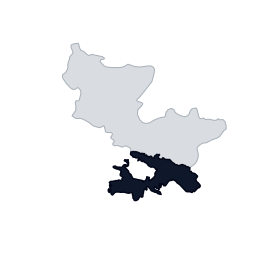 where Leninabad sits in Tajikistan, rotated 212°
{"feature_id": "TJK-369", "entity_name": "Leninabad", "entity_type": "Region", "adm_level": 1, "iso_a3": "TJK", "parent_name": "Tajikistan", "parent_adm1": "", "projection": "albers", "projection_center": [69.514, 39.97], "detail": "fine", "context": "in_parent", "style": "filled", "palette": "ink", "viewbox_px": 256, "rotation_deg": 212, "n_neighbors": 0, "source": "natural_earth", "source_scale": "10m", "svg_char_len": 8932}
<svg xmlns="http://www.w3.org/2000/svg" viewBox="0 0 256 256"><g transform="rotate(212 128 128)"><path d="M44.3,178.7L45.3,176.6L45.8,169.3L47.0,166.8L50.6,162.4L52.5,159.0L54.6,156.2L56.1,155.3L57.5,153.1L58.6,150.6L59.0,149.0L58.9,147.8L58.5,147.0L54.1,142.5L52.8,139.8L52.1,136.3L52.0,133.9L54.4,127.3L54.1,126.2L53.4,125.1L52.0,124.5L50.1,124.2L45.6,124.4L43.9,124.0L43.5,123.6L43.3,120.5L42.9,119.9L42.2,119.3L37.2,117.8L36.2,117.1L36.0,116.4L37.9,109.7L38.7,109.2L40.7,107.0L44.8,105.2L58.3,107.9L60.5,108.2L62.0,108.0L63.0,107.2L64.9,105.1L66.2,99.0L67.3,98.8L68.4,99.1L68.9,98.5L69.4,97.0L69.8,96.9L70.6,97.6L71.5,97.0L71.4,96.4L70.5,95.3L69.7,93.8L70.0,92.6L73.5,92.0L73.9,91.5L73.8,90.6L72.9,90.1L66.3,90.2L65.9,89.7L66.1,89.1L66.6,88.6L73.5,87.5L79.8,88.6L80.9,88.3L79.6,85.6L81.3,85.3L81.5,84.4L79.3,77.2L80.6,76.6L81.8,75.2L81.7,72.5L82.8,71.2L84.1,70.3L86.0,71.2L89.0,73.8L90.9,74.5L100.5,69.5L104.0,67.4L104.6,66.5L105.8,63.3L106.5,63.0L107.4,63.4L112.3,68.8L112.3,69.6L111.8,70.1L111.9,70.7L114.5,71.8L114.5,72.4L113.6,73.9L106.2,80.5L106.0,82.6L106.6,83.3L109.7,84.3L111.3,87.6L112.5,88.0L119.5,86.8L119.5,87.3L119.2,88.3L114.5,90.1L112.3,91.6L111.9,94.1L111.3,94.8L110.4,95.5L109.4,95.6L107.9,92.6L96.7,88.1L86.7,91.3L85.3,93.6L85.8,95.7L85.5,96.6L84.5,96.9L81.6,95.2L80.9,96.7L79.8,101.4L80.9,104.3L81.3,108.5L85.2,108.3L88.3,107.0L89.9,107.0L92.3,107.5L96.6,107.6L100.8,107.5L101.6,106.7L102.4,106.9L103.3,107.9L106.7,106.7L109.2,106.5L111.7,107.2L114.6,111.7L116.2,112.2L120.9,111.6L122.3,109.1L123.5,108.5L127.1,107.8L130.1,105.8L131.6,105.6L132.4,106.3L132.7,107.1L132.5,109.4L133.5,110.1L136.4,110.2L137.8,110.9L137.7,114.4L139.0,115.2L139.6,115.3L143.9,112.9L145.1,112.9L147.6,115.5L149.5,117.1L150.0,116.8L150.8,115.0L152.4,113.1L157.1,111.7L158.9,111.4L164.3,112.0L169.8,111.7L172.7,111.2L175.0,110.0L176.2,109.0L178.1,108.4L181.8,108.6L182.0,110.1L181.6,115.2L183.7,118.8L186.3,121.8L186.5,122.8L186.3,123.6L184.8,124.5L184.3,125.4L184.1,126.3L184.7,127.4L185.7,130.9L187.0,133.6L188.6,134.9L191.0,135.7L192.3,135.4L193.1,133.3L194.6,131.6L198.0,131.5L203.7,133.0L209.2,135.4L210.9,136.8L211.6,138.4L210.3,142.4L210.5,144.9L211.0,147.5L212.4,149.4L213.7,152.7L214.1,155.5L215.1,157.2L214.4,162.4L215.0,163.2L219.5,166.6L220.1,168.5L219.3,169.8L217.7,171.4L215.0,173.5L210.9,169.9L209.2,168.9L206.0,169.5L201.7,168.6L199.6,168.8L198.3,170.2L197.5,171.5L195.4,172.0L187.7,174.9L185.4,174.8L184.7,174.2L185.2,173.3L186.8,172.0L187.1,170.6L186.7,169.4L181.0,168.0L178.6,168.4L174.6,170.2L167.2,174.7L164.0,177.7L161.8,182.1L154.7,183.7L149.8,186.3L144.8,190.5L141.5,192.8L139.9,193.1L138.2,192.8L136.6,191.7L134.9,188.4L132.3,180.0L133.8,165.7L134.6,159.9L135.4,157.8L135.4,156.4L134.7,155.7L133.1,155.8L130.8,156.6L129.2,156.8L128.2,156.3L128.2,153.6L129.3,148.7L127.4,144.7L122.6,141.4L118.5,140.3L115.1,141.4L112.3,144.1L110.1,148.4L107.7,151.9L105.3,154.7L103.0,156.5L102.6,157.6L104.0,161.3L103.9,164.3L102.4,166.8L100.8,167.9L99.0,167.8L97.6,167.3L96.5,166.3L93.7,166.0L89.0,166.5L85.8,167.7L84.1,169.7L83.6,172.3L84.3,175.6L84.0,178.1L81.3,180.8L80.4,181.0L78.4,179.5L75.2,176.3L73.1,174.5L72.0,174.2L70.6,174.7L69.8,176.1L68.8,176.5L67.4,176.2L66.1,176.5L65.4,177.5L63.2,178.7L59.3,180.0L57.2,181.4L56.8,183.0L56.3,183.7L55.1,183.4L51.6,185.5L49.0,184.8L46.1,182.0L44.5,179.7L44.3,178.7ZM113.7,99.3L111.7,100.5L110.5,100.4L108.8,98.2L108.7,97.6L112.9,98.4L113.7,98.7L113.7,99.3ZM112.2,65.9L111.5,66.0L110.3,64.6L109.8,63.6L110.3,63.3L111.4,64.0L112.1,65.2L112.2,65.9Z" fill="#d9dde1" stroke="#a8b0b8" stroke-width="1"/><path d="M119.5,86.8L120.0,87.5L119.6,88.3L118.8,88.8L118.1,89.1L116.9,88.8L116.6,89.0L116.0,89.3L115.8,89.2L115.7,89.2L115.5,89.4L114.6,90.2L114.3,90.4L112.8,90.9L112.2,91.5L112.1,92.3L112.2,93.2L112.0,94.3L111.7,94.8L111.3,95.2L110.8,95.5L110.3,95.7L109.3,95.7L109.1,95.9L108.9,96.2L108.7,96.8L108.5,97.1L108.0,96.9L107.9,96.5L107.9,96.0L108.1,95.4L108.4,95.0L109.5,94.3L109.8,93.6L109.6,93.1L109.1,92.7L108.5,92.5L106.7,92.3L105.8,91.9L105.0,91.8L104.6,91.6L103.6,90.4L103.1,90.2L102.5,90.1L101.4,90.2L100.9,90.1L97.6,87.9L96.8,87.8L87.8,91.1L87.4,91.2L87.0,91.1L86.9,91.0L86.6,90.5L86.4,90.5L86.2,91.3L85.7,92.0L85.3,92.7L85.2,93.5L85.4,94.4L85.5,94.8L85.5,95.2L86.0,96.2L86.1,96.6L83.8,97.3L82.7,95.4L82.1,94.7L81.7,94.6L81.7,94.9L81.6,95.2L81.1,96.1L80.0,99.4L79.8,100.5L79.7,101.7L79.9,102.2L80.2,102.6L80.6,103.0L80.9,103.4L81.1,103.9L81.2,104.5L81.1,108.0L81.4,108.8L82.3,108.4L82.5,108.2L82.6,107.8L82.8,107.7L83.5,108.3L84.0,108.5L85.0,108.3L85.9,108.3L86.4,108.1L86.8,107.9L87.5,107.2L87.9,107.0L89.9,106.9L90.9,107.0L91.8,107.3L92.8,107.9L93.7,108.1L95.5,107.8L96.4,107.9L97.1,108.2L97.3,108.0L97.7,107.5L98.1,107.2L98.5,107.0L99.0,107.0L99.5,107.1L100.3,107.6L100.7,107.7L101.1,107.6L101.2,107.3L101.9,105.9L102.2,105.6L102.5,105.9L102.6,106.4L102.6,107.0L102.3,108.0L102.4,108.5L102.8,108.6L103.2,108.5L105.2,107.0L105.5,106.8L106.3,107.0L106.5,107.0L106.6,106.9L106.9,106.6L108.2,106.1L108.6,106.1L109.0,106.2L109.5,106.7L109.8,106.8L110.2,106.9L111.0,106.7L111.4,106.8L112.0,107.2L112.3,107.8L112.8,109.2L112.0,109.9L111.6,110.1L111.4,110.4L111.2,110.8L110.7,111.1L109.3,111.3L109.1,111.8L108.9,112.1L108.6,112.1L106.2,112.8L105.3,112.9L105.0,112.8L104.6,112.5L104.3,112.5L104.1,112.5L103.9,112.8L103.8,113.1L103.6,113.4L101.1,114.6L100.5,115.0L100.4,115.0L100.4,114.9L100.3,114.3L100.2,114.1L99.8,114.0L99.5,114.0L98.8,114.3L98.2,114.8L97.8,114.7L97.6,114.3L97.4,114.3L94.9,114.7L94.6,115.0L94.1,115.8L93.6,116.2L93.2,116.3L92.5,116.1L92.3,116.0L92.0,115.4L91.5,115.4L89.9,116.4L90.0,116.7L90.4,117.2L90.5,117.6L90.4,118.8L90.2,119.4L90.0,119.7L89.5,120.2L89.5,120.5L89.6,120.8L89.4,121.0L89.2,121.1L88.4,121.4L88.0,121.5L87.4,122.1L87.1,122.0L87.0,121.7L87.2,121.0L87.2,120.6L87.2,120.3L87.0,119.7L86.9,119.4L86.0,118.7L85.7,118.6L83.8,118.8L83.3,119.0L83.0,119.3L82.9,119.5L82.8,119.9L82.7,121.0L82.5,121.3L82.1,121.3L79.8,121.2L79.4,121.3L78.9,121.6L77.2,122.5L76.6,123.0L75.9,123.3L74.6,123.0L74.0,122.8L72.5,122.4L71.2,122.3L69.8,122.4L69.5,122.3L69.4,122.2L69.2,122.0L69.1,121.9L68.8,121.9L66.6,122.8L65.0,122.7L64.8,122.7L64.6,122.8L64.2,124.1L63.5,124.7L63.2,125.3L62.9,125.6L62.1,125.9L61.6,126.0L60.9,126.0L59.6,126.5L58.7,126.1L58.1,126.2L56.8,126.8L56.3,126.9L55.2,126.9L54.5,127.0L54.1,126.4L53.4,124.6L53.0,124.2L52.8,124.1L52.2,124.2L51.9,124.4L51.5,124.6L51.1,124.5L50.7,124.1L50.2,123.9L49.8,123.9L47.4,124.7L46.8,124.7L43.8,124.1L43.4,123.7L43.3,123.0L43.6,120.6L43.5,120.2L43.3,119.9L43.2,119.8L42.8,119.9L42.6,119.9L42.2,119.3L41.3,118.9L39.4,118.7L36.6,117.7L36.0,117.0L35.9,115.9L36.0,115.2L36.3,114.9L36.6,114.8L36.8,114.9L37.1,113.8L37.4,112.8L37.5,111.7L37.7,110.5L38.0,109.4L38.2,109.1L38.6,109.1L39.1,109.2L39.5,109.0L39.6,108.9L39.4,107.6L39.9,107.1L41.7,106.9L43.9,105.4L44.8,105.1L45.9,105.2L53.8,107.4L57.2,107.5L59.1,108.2L60.2,108.3L61.4,108.2L62.8,107.9L63.3,107.7L63.0,107.1L63.3,106.6L64.3,106.0L64.9,105.4L65.2,104.8L65.4,104.1L65.6,99.3L65.9,98.6L66.1,98.7L66.5,98.8L67.2,98.1L67.6,98.4L68.2,99.4L68.5,99.6L68.7,99.4L68.7,98.9L68.9,98.4L69.3,98.3L69.6,97.7L69.6,97.3L69.1,96.2L68.9,95.5L68.8,95.0L69.0,94.7L69.5,95.1L69.9,96.1L70.3,97.4L70.8,98.2L71.8,97.8L71.7,97.2L69.7,94.3L69.6,94.0L69.5,93.8L69.6,93.1L69.5,92.9L69.1,92.6L69.1,92.3L69.4,91.8L69.7,92.1L70.2,93.0L70.5,92.9L71.4,92.2L71.8,92.0L73.5,92.3L74.0,92.2L74.2,91.9L74.2,91.4L74.2,91.0L74.0,90.6L73.0,89.8L67.4,90.8L66.5,90.5L65.5,89.8L64.9,89.2L65.4,88.9L67.6,88.3L68.1,88.2L69.5,88.5L70.0,88.4L70.8,88.0L71.3,87.8L75.0,87.2L75.5,87.3L77.0,88.1L79.1,88.7L80.2,88.8L81.1,88.4L81.1,87.7L79.4,86.1L79.4,85.3L80.0,85.2L80.8,85.5L81.6,85.4L81.7,83.9L81.6,83.3L81.4,82.7L80.8,81.6L80.5,81.1L80.1,79.4L79.1,77.8L79.2,77.2L80.0,76.6L81.4,76.5L81.7,76.3L81.8,75.9L81.6,74.3L81.6,73.2L81.8,72.3L82.2,71.5L82.7,70.8L83.1,70.5L83.4,70.3L84.2,70.1L84.6,70.1L85.2,70.7L85.5,70.9L86.2,71.0L86.8,71.4L87.6,72.8L87.9,73.1L88.5,73.4L88.7,73.8L89.4,74.8L89.7,75.0L90.4,75.3L91.0,75.1L91.5,74.6L92.5,73.4L92.9,73.0L93.4,72.8L97.6,71.4L99.8,69.8L102.1,68.8L103.8,67.8L105.0,66.3L105.6,63.1L106.5,62.9L107.5,63.3L108.3,64.3L109.0,64.9L113.4,69.8L113.4,70.4L112.9,70.2L112.1,69.5L111.7,69.6L111.5,69.9L111.5,70.5L111.9,70.9L114.0,71.4L114.9,71.9L114.6,73.2L114.3,73.4L114.1,73.8L113.5,74.0L111.5,75.7L110.7,76.7L110.4,77.0L109.4,77.4L109.1,77.7L108.6,78.6L108.4,78.9L106.6,79.4L105.9,79.9L105.5,80.4L105.6,81.2L106.3,82.1L106.0,83.2L107.1,83.7L107.6,83.8L109.0,83.6L109.5,83.8L110.1,84.8L110.4,86.1L110.8,87.4L111.8,88.1L112.7,88.1L113.7,88.0L117.0,87.0L119.0,86.8L119.5,86.8ZM108.7,97.6L109.0,97.6L111.8,98.6L112.7,98.6L113.4,98.2L113.7,98.3L113.8,98.8L113.8,99.4L113.6,99.6L112.8,99.8L112.2,100.1L111.0,101.1L110.9,101.0L110.2,99.9L110.0,99.6L109.2,99.0L108.9,98.6L108.7,98.1L108.7,97.6ZM110.2,63.5L110.8,63.8L111.3,64.2L111.7,64.7L112.0,65.5L112.0,66.0L111.6,65.9L111.2,65.5L110.5,64.6L110.1,64.2L109.8,63.6L110.2,63.5Z" fill="#0f172a" stroke="#020617" stroke-width="1.5"/></g></svg>